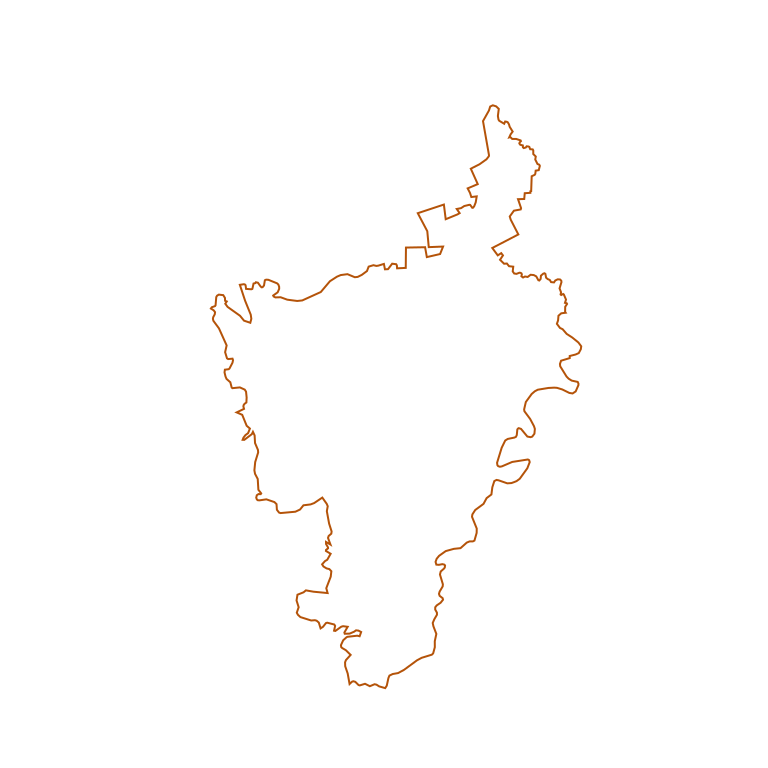 the district of Tam Duong, Vĩnh Phúc, Vietnam, rotated 196°
{"feature_id": "81297802B22502411355715", "entity_name": "Tam Duong", "entity_type": "district", "adm_level": 2, "iso_a3": "VNM", "parent_name": "Vietnam", "parent_adm1": "Vĩnh Phúc", "projection": "robinson", "projection_center": [105.552, 21.36], "detail": "fine", "context": "isolated", "style": "outline", "palette": "amber", "viewbox_px": 768, "rotation_deg": 196, "n_neighbors": 0, "source": "geoboundaries", "source_scale": "gbopen_adm2", "svg_char_len": 6152}
<svg xmlns="http://www.w3.org/2000/svg" viewBox="0 0 768 768"><g transform="rotate(196 384 384)"><path d="M558.0,392.0L545.9,377.7L545.5,370.8L542.0,365.4L540.7,365.0L536.6,366.6L535.7,365.3L535.5,362.7L536.8,356.3L537.4,355.4L540.9,353.9L540.5,351.2L538.4,347.5L536.8,345.5L532.2,343.3L529.5,338.7L528.6,338.2L521.6,341.0L516.3,340.2L514.5,338.6L512.3,333.1L511.2,328.3L512.6,326.5L513.1,325.0L513.0,323.7L511.7,321.5L517.8,316.1L511.8,315.3L504.5,306.0L500.6,304.2L501.1,299.3L503.1,296.7L504.3,293.7L504.5,291.4L502.9,291.8L497.2,299.4L496.8,301.9L494.2,298.9L491.7,291.7L487.0,285.9L486.1,283.5L486.3,273.5L484.8,265.3L483.2,262.1L479.2,257.9L475.6,247.7L471.9,245.0L472.2,244.1L474.3,243.6L475.6,242.0L475.5,239.5L474.4,238.0L473.4,237.5L471.7,237.8L465.3,240.7L456.8,240.3L454.2,238.9L452.3,233.6L449.5,231.5L447.9,231.4L434.0,236.8L430.1,240.2L428.0,245.2L421.4,248.0L418.3,250.3L412.0,257.8L406.0,253.0L404.4,251.0L403.9,246.0L398.3,234.7L393.7,227.8L393.4,225.6L395.3,222.7L395.4,220.6L391.2,214.9L396.2,216.2L395.6,214.2L392.8,211.5L392.5,210.6L394.0,208.5L393.8,207.5L388.5,206.1L390.1,199.4L391.9,197.5L393.8,193.6L391.9,191.9L388.4,190.9L385.5,191.0L383.0,189.5L382.1,184.1L383.2,171.8L380.6,167.5L394.6,164.9L402.2,164.1L403.9,161.6L409.1,157.6L408.4,151.8L404.5,145.9L404.8,140.1L403.1,138.4L400.1,136.9L388.8,136.6L385.3,137.9L383.5,137.9L380.9,136.7L377.6,131.6L375.7,133.8L373.9,138.2L372.8,138.9L365.5,139.1L364.3,138.0L364.0,133.1L362.7,133.2L358.2,138.9L356.6,139.9L352.0,140.6L353.6,134.2L352.9,133.1L348.2,134.6L344.4,137.7L343.0,139.5L340.6,139.9L337.6,139.3L337.9,134.8L340.3,134.7L349.5,130.9L350.3,130.1L352.6,126.4L353.4,121.1L352.6,119.3L351.5,118.7L347.3,117.6L341.4,114.4L344.5,108.1L344.7,105.7L343.5,102.0L339.1,95.7L334.4,86.1L332.7,89.0L331.6,89.8L329.5,89.8L325.5,87.6L324.2,87.6L319.6,90.6L314.3,89.6L310.3,92.8L308.3,92.9L305.3,92.0L299.0,92.0L298.2,94.8L298.7,102.6L298.4,105.2L295.7,107.6L290.8,110.0L286.0,114.7L276.1,127.5L272.3,131.2L263.4,137.0L262.5,138.6L262.6,145.0L264.3,150.8L264.8,158.2L269.7,164.7L271.3,167.7L270.8,171.7L269.5,176.8L270.1,178.8L272.6,181.3L273.2,183.5L272.3,185.7L269.3,189.3L267.8,192.9L268.6,194.3L272.1,195.7L273.3,197.4L273.3,199.8L271.8,205.6L272.2,207.7L277.7,216.3L277.8,219.4L275.5,223.0L275.0,224.3L275.3,226.4L276.2,227.0L278.3,226.9L281.4,225.3L283.9,224.8L285.4,227.2L285.2,230.5L283.7,234.0L278.6,240.4L271.4,244.8L265.2,247.3L260.7,254.4L258.3,256.3L255.2,257.2L253.9,258.4L253.9,266.4L255.0,270.6L262.8,280.6L263.1,283.0L261.6,288.0L255.3,296.2L253.9,302.6L250.3,307.4L251.4,314.6L251.2,321.1L249.4,322.8L247.3,323.0L238.1,322.5L234.2,323.9L231.7,325.7L229.8,327.2L227.4,330.3L223.0,342.5L222.4,349.1L223.5,350.8L224.9,351.1L239.3,344.4L248.0,337.3L249.8,336.4L251.6,336.5L252.6,337.2L253.6,339.4L253.3,355.2L251.9,363.1L249.9,365.3L243.8,368.5L242.6,369.6L242.3,371.5L243.3,377.1L242.9,378.1L242.3,378.7L239.9,378.6L231.7,373.0L228.4,373.3L227.0,374.3L225.7,377.7L226.6,382.4L228.2,384.8L233.9,390.7L241.5,396.5L242.3,398.2L242.7,405.8L239.3,415.1L237.0,418.6L234.6,420.9L224.9,425.5L219.4,427.4L216.7,428.0L211.1,427.9L203.4,426.5L200.1,426.9L197.7,429.7L196.8,436.5L197.2,438.0L198.4,439.4L204.5,439.0L208.0,440.0L210.6,441.5L219.5,449.6L220.4,451.8L220.2,455.2L212.6,460.1L213.2,462.1L207.9,465.2L205.3,467.4L204.4,471.7L204.8,474.6L208.6,477.5L215.9,480.6L222.2,482.5L227.4,485.9L230.3,486.4L234.4,489.5L234.2,493.1L235.1,497.7L233.1,500.8L229.0,502.6L229.8,503.3L231.1,508.2L230.1,511.4L230.7,512.0L232.4,511.9L232.3,515.3L235.8,519.6L236.6,519.9L238.2,518.4L238.9,518.7L239.1,521.0L241.6,524.3L241.5,530.9L242.1,532.2L243.6,533.0L245.9,532.5L247.9,530.7L248.6,528.5L251.5,528.0L253.3,529.7L255.6,530.0L257.5,530.9L259.2,534.3L260.2,534.7L261.3,534.0L263.0,531.4L262.4,528.2L263.2,526.3L264.2,526.3L267.3,529.4L270.1,530.0L273.2,529.4L275.4,526.5L278.1,526.2L279.7,524.7L281.6,525.4L281.7,527.3L282.3,528.2L283.3,528.5L284.5,528.3L287.0,526.4L289.3,526.1L291.3,527.7L292.1,532.4L296.3,531.7L299.1,533.7L301.7,532.7L306.7,535.4L305.1,540.4L307.4,542.1L310.1,539.0L317.4,544.6L296.1,564.8L307.5,576.9L309.3,579.7L306.9,586.4L300.7,589.5L300.7,590.8L306.1,598.6L300.2,600.5L301.3,606.2L296.0,608.1L296.4,609.6L295.7,610.0L299.3,624.4L296.8,626.6L296.5,627.7L297.0,630.9L294.2,632.2L294.3,636.6L295.2,637.6L297.1,637.8L300.5,641.5L300.8,644.5L303.9,646.2L304.9,649.7L305.7,650.5L308.2,650.0L309.7,652.0L310.6,652.1L312.4,651.8L312.9,650.4L314.7,649.3L315.7,649.8L316.3,651.6L318.9,651.5L320.2,652.5L320.2,653.6L319.3,655.2L319.8,655.8L324.5,656.0L328.3,654.9L330.7,656.2L331.6,655.6L331.1,658.9L329.9,662.1L334.1,665.9L335.4,668.0L337.2,669.7L338.3,669.9L339.9,669.7L340.2,667.3L345.8,668.8L346.8,669.7L348.4,673.0L349.5,680.1L352.7,681.8L356.2,681.9L358.4,680.0L358.5,675.8L361.3,664.0L346.1,632.8L346.0,631.8L347.4,628.3L352.8,621.5L359.9,614.9L349.0,602.0L357.5,595.1L354.0,591.4L351.6,587.8L346.6,589.9L345.9,583.9L346.3,579.7L347.0,578.0L347.7,577.7L350.5,579.9L351.3,579.8L355.9,577.2L358.4,574.3L362.3,572.3L358.4,569.1L360.1,567.3L370.1,559.4L375.9,573.0L398.6,557.5L384.5,542.8L378.7,527.9L365.1,532.4L365.9,524.4L377.8,517.8L382.2,526.8L400.5,521.2L395.1,501.6L403.3,498.8L404.3,501.5L405.3,502.5L409.3,501.9L411.8,495.5L414.7,494.5L417.2,499.4L422.1,496.2L423.9,495.4L426.9,495.3L431.1,492.6L431.5,487.9L435.4,482.8L438.8,479.7L441.5,478.6L449.4,479.5L455.6,476.8L458.8,474.2L464.3,467.9L470.1,455.0L485.6,441.8L490.3,439.9L497.5,438.8L500.3,438.4L507.3,438.9L512.3,437.3L514.2,437.7L514.9,438.5L511.5,442.8L511.0,446.6L511.6,448.6L513.0,450.5L514.5,451.3L523.9,452.3L526.1,451.8L527.1,450.9L526.5,445.6L527.4,443.6L528.4,443.2L529.7,443.9L533.1,446.6L535.2,446.5L535.5,445.5L537.1,444.6L536.8,440.1L536.8,439.1L537.6,438.5L542.8,437.4L544.3,440.8L545.1,441.3L546.2,441.3L549.9,439.6L540.5,425.8L531.2,413.9L529.5,410.1L529.4,406.0L536.0,406.3L541.2,409.9L555.6,415.0L558.7,417.4L557.9,420.0L559.7,420.2L560.6,422.9L563.0,425.1L567.4,424.4L568.8,422.9L569.2,421.3L567.6,413.2L567.9,412.3L570.7,410.3L571.2,408.8L568.1,407.9L566.2,406.5L565.9,404.3L566.6,401.1L566.4,399.4L565.4,397.7L558.0,392.0Z" fill="none" stroke="#b45309" stroke-width="2"/></g></svg>